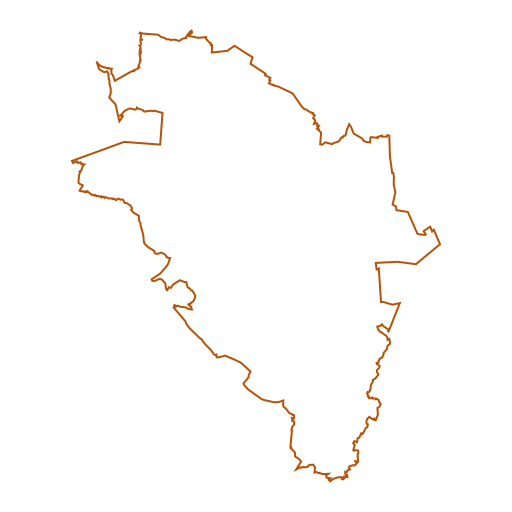 outline of Ojuelos de Jalisco, Jalisco, Mexico
{"feature_id": "50627088B23067866653168", "entity_name": "Ojuelos de Jalisco", "entity_type": "district", "adm_level": 2, "iso_a3": "MEX", "parent_name": "Mexico", "parent_adm1": "Jalisco", "projection": "albers", "projection_center": [-101.727, 21.786], "detail": "fine", "context": "isolated", "style": "outline", "palette": "amber", "viewbox_px": 512, "rotation_deg": 0, "n_neighbors": 0, "source": "geoboundaries", "source_scale": "gbopen_adm2", "svg_char_len": 5999}
<svg xmlns="http://www.w3.org/2000/svg" viewBox="0 0 512 512"><path d="M109.2,97.5L115.5,104.4L119.4,121.3L122.8,116.2L120.2,115.5L120.4,115.2L121.3,114.8L124.6,110.9L128.6,108.8L130.6,108.5L135.0,109.7L136.3,109.1L136.9,107.6L138.3,108.7L142.2,109.8L144.3,111.6L150.9,110.7L152.7,111.2L154.1,110.6L162.5,112.9L160.2,144.6L124.1,141.9L72.0,160.9L72.9,163.0L77.2,161.4L78.2,163.1L80.4,162.3L81.3,164.1L82.4,163.7L82.9,164.5L84.2,164.5L82.8,166.0L81.1,170.7L79.6,171.5L80.1,172.1L79.1,174.9L78.4,182.8L80.3,184.3L82.5,185.0L82.8,185.7L79.5,190.6L81.5,191.4L83.3,191.2L84.6,192.2L86.5,192.0L86.3,191.2L87.4,191.2L91.7,194.9L94.7,194.8L95.1,195.1L94.9,195.7L96.3,195.7L96.9,196.3L97.7,195.7L99.6,196.7L101.2,196.3L101.5,197.4L103.6,196.7L104.5,198.0L105.8,197.1L108.5,198.4L112.3,198.5L112.6,199.1L114.0,198.7L115.9,200.1L116.5,200.1L117.4,198.8L119.0,198.8L120.4,199.7L122.2,199.4L123.4,200.3L124.5,202.7L126.9,203.3L130.6,205.7L131.9,208.0L131.8,209.4L131.2,209.9L133.2,212.4L138.8,215.8L139.0,220.2L140.6,223.8L140.5,225.1L143.1,234.3L143.9,241.7L144.6,243.8L148.6,247.5L154.2,250.9L154.2,251.9L155.2,253.5L157.4,253.9L161.0,252.6L164.5,254.1L166.1,255.7L166.2,256.8L167.3,257.1L167.7,257.8L170.1,258.0L168.1,263.9L165.3,267.8L160.2,273.6L151.7,279.2L152.2,280.8L154.1,281.1L159.8,278.8L162.3,279.9L165.2,283.2L166.2,289.2L167.1,290.2L169.1,287.1L170.9,287.9L173.1,284.5L180.0,280.2L184.8,282.2L186.2,282.0L187.7,287.4L189.9,288.6L191.1,290.4L192.2,290.5L195.2,295.3L195.1,297.6L193.1,301.6L191.8,302.2L190.2,304.1L189.5,303.7L188.4,304.4L190.0,306.2L191.3,306.8L191.2,308.2L191.9,309.4L189.3,309.2L185.5,307.3L181.5,307.0L177.4,305.7L176.1,306.6L175.7,305.6L174.6,305.1L174.2,305.3L174.8,306.3L173.6,307.5L185.5,321.4L186.2,323.6L189.1,327.7L199.8,338.2L202.0,339.5L202.3,340.5L205.5,344.6L210.8,349.9L214.3,354.8L215.6,355.0L216.3,354.6L216.6,357.3L219.5,357.2L225.1,355.6L234.3,359.5L241.1,362.8L250.5,371.6L248.9,374.7L248.3,377.7L243.6,383.2L243.9,384.7L247.8,389.2L261.3,398.9L264.2,400.1L273.9,402.2L278.0,402.2L283.3,400.5L283.1,405.5L283.5,406.5L286.4,409.2L289.3,413.1L292.2,414.1L292.7,415.0L293.8,415.0L294.3,417.5L293.7,418.8L291.9,418.0L292.4,421.2L294.0,421.5L294.2,424.4L292.4,426.6L291.4,430.1L291.9,430.4L290.4,446.8L291.1,447.2L290.8,448.2L291.5,448.4L291.3,448.8L294.8,452.2L295.2,456.6L298.1,458.3L300.7,460.8L301.0,461.7L296.2,469.5L300.4,467.3L301.4,467.7L303.2,466.8L304.3,467.3L307.7,466.8L309.2,464.9L313.3,464.7L315.1,467.6L314.4,472.5L316.7,472.0L318.0,473.0L319.2,472.8L322.6,474.1L328.3,473.8L326.5,475.2L326.1,476.5L326.9,477.8L330.5,478.3L328.8,479.9L330.2,481.3L333.2,479.0L337.0,477.6L341.1,477.0L341.8,477.5L341.7,478.9L343.0,479.4L344.2,478.4L343.5,477.8L343.9,476.6L347.4,477.2L347.2,475.0L346.3,475.1L345.3,474.4L345.2,471.8L346.6,472.2L347.2,471.7L347.5,470.2L350.0,469.5L348.8,467.5L349.7,466.1L352.9,465.2L354.8,465.5L357.5,462.5L355.8,462.2L355.3,461.2L357.2,461.5L358.1,460.8L357.5,454.7L358.4,452.3L358.1,450.6L354.9,450.2L353.7,450.7L353.3,450.2L354.8,444.9L353.2,443.3L354.3,441.1L357.0,442.2L357.6,438.2L359.2,437.7L361.3,433.2L362.2,433.3L362.2,434.0L362.9,433.6L365.6,428.3L367.3,427.2L367.8,424.3L367.1,424.1L366.3,422.2L367.1,419.1L367.8,418.3L369.3,416.9L372.4,419.1L374.0,418.7L373.8,419.7L375.7,420.3L377.9,414.6L377.4,408.0L379.5,406.6L380.7,404.0L379.1,401.9L378.7,400.1L377.1,398.9L375.8,399.3L375.6,398.5L373.0,398.6L372.4,397.5L371.2,398.3L369.3,398.2L369.6,397.4L368.6,396.4L368.5,396.9L367.9,396.6L367.4,397.1L368.2,395.6L367.0,393.4L367.7,392.0L368.6,392.3L369.7,391.2L370.6,388.1L370.8,385.3L373.0,381.2L373.1,379.6L375.1,378.7L378.0,375.3L378.2,374.2L376.9,372.0L376.9,370.2L379.4,367.6L379.6,365.8L376.8,364.0L376.6,362.9L378.6,362.5L378.6,360.7L380.4,358.1L381.6,358.0L382.6,356.6L383.5,354.6L383.5,353.1L386.9,349.2L387.5,345.7L389.7,344.3L390.1,342.5L389.2,338.9L387.6,339.8L387.2,337.2L386.4,336.0L381.4,332.3L380.5,332.2L378.3,329.7L377.3,326.6L380.1,325.9L381.6,324.4L382.3,324.5L382.8,325.7L388.3,329.5L388.1,331.2L388.6,331.5L399.8,303.1L392.5,304.7L383.8,302.1L381.0,301.9L378.8,268.5L377.7,269.4L376.6,269.5L375.8,262.9L397.6,261.8L415.9,264.2L440.0,244.2L433.8,229.7L432.1,231.4L430.2,226.7L423.6,231.2L425.7,234.2L425.3,234.9L419.7,234.4L417.4,233.7L407.8,211.9L396.5,210.2L396.0,206.5L392.6,204.6L395.4,192.3L393.7,184.3L393.9,176.7L393.3,173.0L392.2,173.0L389.9,156.1L389.3,135.6L387.3,135.2L386.8,136.7L382.3,136.7L381.9,136.6L381.9,135.6L377.5,136.9L377.7,137.9L371.3,137.1L370.5,137.4L370.1,142.4L367.0,142.1L363.6,140.9L362.4,138.7L360.9,137.7L353.7,133.6L351.1,127.1L349.2,124.2L346.8,130.0L345.6,135.1L344.7,135.9L343.7,135.8L342.7,137.5L342.0,137.2L341.1,137.9L338.8,141.3L333.3,143.2L332.1,144.2L325.3,142.3L322.2,144.7L320.2,144.3L321.1,132.6L317.4,129.1L318.6,128.9L318.0,127.5L317.5,127.5L317.2,126.1L318.8,125.8L317.0,123.9L316.9,123.2L314.0,123.9L315.3,120.4L313.1,118.2L314.7,115.2L312.5,113.9L312.9,113.0L309.2,111.7L305.7,109.2L304.4,109.2L301.6,106.3L292.6,93.4L277.9,86.4L275.2,85.9L273.4,84.8L273.2,85.3L268.9,83.3L270.3,80.5L269.2,79.9L270.3,77.8L265.0,75.2L265.7,73.8L250.5,63.8L252.5,57.3L234.5,45.8L227.1,50.9L211.8,52.5L212.1,45.1L210.8,45.2L210.7,43.1L209.7,42.9L205.7,38.3L206.0,37.1L198.3,37.8L189.0,36.0L189.7,34.5L191.7,33.2L192.1,32.0L191.5,30.7L190.4,31.3L186.2,36.6L186.3,37.9L182.5,38.7L179.3,40.9L174.4,39.6L170.7,40.0L168.8,39.2L166.7,39.4L164.6,37.9L161.2,37.0L158.0,34.7L142.3,33.5L140.1,32.6L139.7,33.2L141.0,33.5L140.6,38.9L142.9,39.9L140.5,39.8L140.4,42.1L141.1,43.5L140.4,45.8L139.6,45.7L140.5,47.5L140.6,49.4L140.0,49.2L139.6,51.1L141.1,52.0L140.4,53.9L139.5,53.6L140.6,60.4L140.0,60.4L139.6,63.3L138.5,65.7L139.2,67.2L138.4,67.1L138.2,68.4L133.4,70.5L133.7,71.2L132.0,71.2L129.8,72.3L114.8,80.8L113.0,75.5L111.5,73.5L111.3,70.3L111.8,68.7L109.2,68.5L108.8,68.0L108.3,68.4L101.5,66.5L98.6,64.5L96.5,61.5L99.2,69.3L104.1,72.2L107.2,71.4L108.8,74.6L108.3,75.3L108.8,79.2L109.5,80.4L109.4,83.7L110.7,88.3L110.8,93.0L109.2,97.5Z" fill="none" stroke="#b45309" stroke-width="2"/></svg>